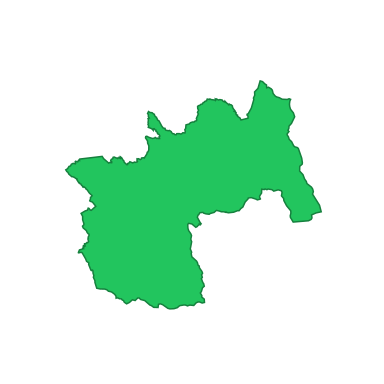 Archidona, Napo, Ecuador, rotated 137°
{"feature_id": "8360857B80114747144377", "entity_name": "Archidona", "entity_type": "district", "adm_level": 2, "iso_a3": "ECU", "parent_name": "Ecuador", "parent_adm1": "Napo", "projection": "equal_earth", "projection_center": [-77.955, -0.716], "detail": "fine", "context": "isolated", "style": "filled", "palette": "green", "viewbox_px": 384, "rotation_deg": 137, "n_neighbors": 0, "source": "geoboundaries", "source_scale": "gbopen_adm2", "svg_char_len": 6111}
<svg xmlns="http://www.w3.org/2000/svg" viewBox="0 0 384 384"><g transform="rotate(137 192 192)"><path d="M289.0,123.4L287.9,121.6L284.7,118.9L281.6,117.4L278.6,117.3L275.0,114.9L273.8,113.7L273.0,111.8L270.7,110.8L268.1,107.8L264.4,108.1L262.7,107.5L261.5,106.5L260.3,103.9L258.2,102.7L256.1,105.3L256.5,108.5L255.4,109.6L254.8,112.5L253.2,112.7L249.6,114.8L247.3,114.7L245.9,117.2L245.9,118.2L244.2,122.3L242.7,122.5L241.4,125.0L239.9,125.2L239.5,125.7L238.9,127.2L238.3,131.4L237.2,133.0L237.4,134.6L236.3,136.4L235.8,138.2L236.3,144.8L234.4,147.7L233.3,148.2L232.1,151.5L226.1,155.9L225.5,157.6L224.7,158.6L222.1,160.4L221.3,162.4L220.8,166.0L219.7,168.3L217.3,171.1L215.9,171.4L213.9,168.8L213.3,163.6L211.7,163.2L210.4,163.4L209.0,163.2L208.6,162.7L208.4,163.4L208.0,162.9L207.4,163.2L207.3,162.5L207.0,162.5L206.8,164.4L205.4,169.8L203.4,171.0L202.6,170.8L200.4,171.5L197.9,169.6L197.9,168.6L196.7,166.5L194.6,164.0L193.2,163.8L189.8,162.0L186.7,161.9L184.9,159.3L184.1,157.6L182.2,155.8L181.2,154.1L180.7,154.2L180.5,153.3L179.5,151.9L175.3,148.8L171.5,147.3L170.3,146.2L167.6,146.6L165.1,146.3L160.0,148.4L155.9,148.7L154.9,149.2L152.5,147.5L150.1,143.2L149.6,141.7L147.1,140.3L146.7,140.3L146.3,141.7L145.4,142.9L141.8,143.8L139.1,146.5L137.5,144.5L136.5,144.4L135.6,142.6L134.3,142.3L131.9,139.1L131.6,136.9L127.5,134.8L125.8,131.9L126.5,130.2L129.2,128.2L129.4,124.8L130.7,123.0L132.2,117.4L132.6,110.9L134.1,109.1L136.4,107.6L137.4,106.2L138.5,101.0L126.4,91.5L123.6,90.7L122.4,91.0L121.7,91.5L120.2,93.7L115.6,92.1L111.0,89.4L107.8,95.3L105.3,108.2L103.0,109.5L101.7,111.9L101.3,114.1L102.2,119.8L101.2,121.7L100.8,124.7L99.0,129.0L99.0,133.9L95.7,137.3L92.5,137.2L91.4,138.0L88.7,141.9L84.5,151.4L84.7,152.8L86.0,154.9L86.1,156.6L84.8,160.9L85.0,164.2L83.9,166.5L83.4,169.0L82.8,169.6L79.8,170.1L79.8,171.6L77.6,172.6L76.2,174.0L72.5,174.3L65.6,177.0L63.9,180.7L63.5,185.3L62.3,187.8L60.8,189.8L58.4,191.8L56.7,192.5L57.4,194.0L59.2,194.7L62.8,198.4L63.8,201.4L65.3,203.9L65.7,205.5L65.5,208.7L63.8,211.7L63.7,213.4L64.6,216.5L66.3,217.3L64.5,219.5L65.0,221.4L65.1,224.6L66.4,226.8L73.1,222.8L78.0,222.5L80.1,220.0L83.0,218.8L83.7,217.5L91.4,212.9L97.5,210.9L98.7,211.3L99.3,210.7L99.3,209.1L100.8,207.8L107.1,211.3L106.4,213.3L107.1,216.2L106.5,216.9L106.8,217.1L106.8,217.9L106.5,217.8L106.7,218.7L106.6,219.3L105.7,219.8L105.9,220.4L105.5,221.0L106.1,222.2L105.2,222.2L105.0,224.7L104.5,226.5L103.8,227.3L103.8,228.8L104.5,230.0L105.6,230.7L105.2,231.0L105.5,231.1L106.0,233.5L106.0,235.9L106.6,235.4L107.4,237.1L107.2,238.7L108.6,240.6L109.9,241.2L110.6,243.4L111.2,243.6L111.4,244.1L112.1,242.9L112.5,242.9L112.4,243.4L115.2,246.9L115.4,247.8L116.0,247.7L117.5,249.6L119.1,248.8L120.8,249.5L122.0,249.3L122.8,249.8L124.4,249.3L125.8,250.1L127.3,250.1L128.3,250.7L129.5,250.8L131.1,248.9L131.1,248.1L131.5,247.3L133.7,246.5L134.1,244.8L138.7,242.8L139.2,241.7L140.0,241.1L141.9,241.9L142.9,241.8L143.8,242.8L146.0,243.8L147.5,243.6L150.6,245.2L153.3,242.8L154.7,242.5L155.7,240.8L156.9,240.0L158.3,241.6L159.8,241.6L160.7,242.1L161.4,243.3L163.4,245.1L164.5,244.7L165.4,245.6L165.5,247.0L166.3,247.7L166.4,249.6L166.0,250.2L166.5,252.4L167.5,252.9L169.0,255.1L168.9,256.1L168.3,256.9L169.4,258.3L169.2,260.7L167.6,266.6L168.1,268.0L167.5,269.5L167.5,270.2L167.0,270.8L167.4,272.2L167.0,273.9L166.5,274.5L166.9,275.2L167.1,277.2L168.6,279.0L168.9,280.5L171.0,279.7L171.1,278.4L172.5,276.9L172.9,275.2L174.1,275.7L174.6,274.6L176.8,272.7L177.2,271.8L178.0,271.6L178.7,269.8L179.9,269.1L178.7,266.7L178.2,265.0L178.3,263.6L177.2,264.6L176.4,264.0L176.7,262.6L176.2,261.8L177.0,260.9L176.6,259.1L177.4,258.3L177.3,257.4L176.8,256.6L177.3,254.8L178.3,254.9L179.2,253.2L180.0,253.8L180.2,254.7L181.2,255.0L181.7,257.0L182.5,256.9L184.4,258.1L186.3,261.5L187.0,263.6L188.0,264.1L189.1,263.3L189.7,259.7L191.1,258.0L192.1,255.2L194.9,252.3L196.6,251.4L197.6,251.6L199.1,250.6L203.8,249.4L203.8,249.9L205.7,251.3L206.6,250.7L207.8,251.0L208.3,252.7L208.8,253.2L209.3,253.1L209.6,253.7L210.9,252.4L211.1,251.5L211.7,251.4L213.5,252.5L213.6,253.1L215.5,253.7L216.8,256.5L218.3,256.2L219.6,256.7L220.3,256.0L221.0,256.3L221.3,259.9L220.5,261.6L220.7,262.3L220.1,265.0L220.3,266.1L220.9,265.1L221.5,265.2L221.7,265.8L221.3,266.0L221.5,267.1L222.2,266.8L223.2,267.6L223.3,267.2L223.6,267.2L225.1,270.7L226.1,271.2L227.1,270.4L228.7,270.9L229.8,270.6L230.3,270.0L230.1,268.7L230.8,268.2L232.2,269.8L233.2,269.9L233.9,276.7L233.4,279.3L251.7,292.7L252.4,292.6L252.8,291.7L253.6,292.5L255.0,292.0L256.2,293.9L256.8,293.8L257.6,292.3L258.0,292.1L259.4,294.0L261.3,294.6L263.1,293.9L264.5,294.6L267.1,293.9L269.2,294.3L269.6,292.3L269.3,291.1L269.9,289.2L269.5,285.2L268.7,284.4L268.0,282.7L267.8,281.2L267.2,280.3L267.3,279.7L267.8,279.6L268.5,275.8L268.0,275.6L268.3,274.5L267.8,273.4L268.2,272.5L268.0,271.6L268.4,270.2L268.0,270.1L267.9,269.4L267.5,269.5L267.1,267.3L267.5,266.7L267.2,265.1L267.8,261.2L267.5,257.6L268.4,257.2L269.9,257.3L271.0,256.2L272.8,255.3L272.7,254.5L271.7,252.6L272.1,247.2L278.2,247.3L278.7,248.1L278.5,250.2L278.9,251.0L280.9,250.0L283.0,251.0L287.7,252.0L288.6,248.8L290.9,246.3L292.7,242.5L293.5,241.8L295.4,241.7L296.1,239.9L295.6,235.9L296.3,233.9L296.4,232.2L296.1,231.5L296.8,230.5L298.8,229.8L299.4,228.8L300.1,228.7L301.5,226.2L302.9,226.1L303.2,226.7L304.7,226.6L305.8,227.4L306.7,225.8L306.9,226.6L307.9,226.8L308.1,225.8L308.7,226.2L309.1,225.3L309.7,225.4L309.9,224.7L310.4,225.3L310.8,224.9L313.8,226.4L316.3,225.3L316.5,225.0L316.3,224.7L314.2,223.5L313.8,222.5L315.4,215.6L316.4,213.2L315.8,210.6L317.0,209.5L319.2,203.9L319.2,203.2L318.2,203.0L318.0,202.3L319.8,200.0L320.8,197.8L322.3,196.9L323.5,193.3L324.7,192.0L327.3,186.6L325.3,183.7L322.1,180.6L321.0,178.7L320.8,176.5L319.0,173.8L318.3,169.9L318.6,167.7L319.9,166.1L319.1,165.8L318.1,164.4L318.0,163.6L316.5,161.9L316.7,160.7L316.1,159.3L316.7,157.6L316.1,154.8L313.1,153.9L309.1,153.8L307.6,151.4L304.0,151.5L302.9,150.5L302.9,148.5L300.6,144.8L299.9,138.0L299.2,136.6L298.7,133.8L295.6,130.7L293.1,132.7L291.4,131.8L290.3,129.6L289.0,123.4Z" fill="#22c55e" stroke="#15803d" stroke-width="1.5"/></g></svg>